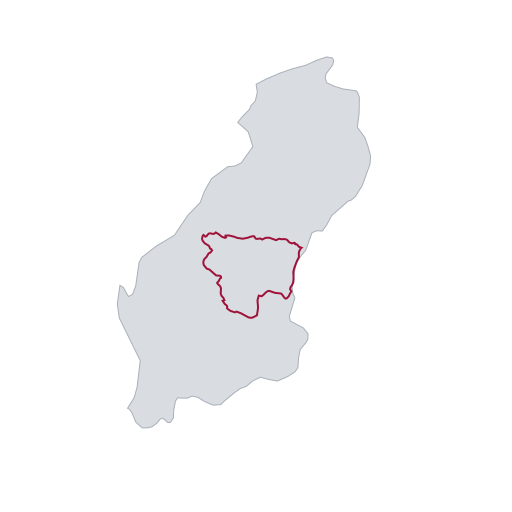 where Elbasan sits in Albania, rotated 35°
{"feature_id": "ALB-1524", "entity_name": "Elbasan", "entity_type": "County", "adm_level": 1, "iso_a3": "ALB", "parent_name": "Albania", "parent_adm1": "", "projection": "robinson", "projection_center": [20.152, 41.052], "detail": "medium", "context": "in_parent", "style": "outline", "palette": "rose", "viewbox_px": 512, "rotation_deg": 35, "n_neighbors": 0, "source": "natural_earth", "source_scale": "10m", "svg_char_len": 3364}
<svg xmlns="http://www.w3.org/2000/svg" viewBox="0 0 512 512"><g transform="rotate(35 256 256)"><path d="M164.4,157.0L164.8,150.1L166.6,139.3L165.6,135.7L166.6,129.5L163.2,121.2L157.6,115.2L163.1,104.7L171.0,92.0L178.4,81.8L187.3,71.3L193.2,61.2L199.6,52.5L205.1,49.9L207.8,51.7L209.2,55.5L208.9,66.7L210.7,70.6L214.5,73.5L222.5,72.1L231.4,69.3L243.3,63.3L245.3,63.7L249.7,66.8L258.9,80.4L265.1,92.4L277.1,96.5L283.8,101.2L292.5,108.3L296.7,115.4L302.6,137.2L303.3,150.3L301.6,156.4L300.1,157.9L294.8,179.4L296.1,190.3L296.0,197.5L291.5,200.3L288.5,204.8L293.4,222.7L292.8,230.3L293.1,239.0L302.0,259.0L307.2,265.1L311.9,268.1L317.9,286.4L321.5,289.6L336.1,287.8L343.2,289.9L346.1,294.2L346.7,297.2L345.8,307.4L349.5,315.4L354.4,323.5L354.4,328.5L351.1,336.6L345.3,346.1L337.6,349.7L329.1,352.8L325.0,360.2L322.9,368.0L319.1,373.8L316.8,380.2L313.2,393.2L312.4,397.9L306.6,402.7L297.6,404.7L289.6,405.1L284.1,407.3L281.4,411.7L276.3,415.3L273.2,416.9L273.2,420.9L276.9,429.3L281.2,436.0L281.3,441.5L279.2,443.0L272.6,442.3L271.2,444.3L270.5,450.4L268.8,455.5L266.1,458.7L261.4,462.1L252.8,461.0L244.7,455.8L240.5,454.2L238.1,454.4L237.4,441.7L233.9,431.8L221.2,408.1L179.6,385.2L169.9,374.9L165.6,366.3L161.4,358.1L165.5,357.9L169.5,359.9L174.7,362.4L176.9,358.3L174.6,349.4L164.0,328.5L163.2,322.8L168.5,305.3L177.3,285.7L176.8,262.0L179.6,244.0L176.6,232.4L175.2,218.1L181.6,199.1L187.1,194.4L190.5,188.4L190.7,168.2L178.5,158.8L164.4,157.0Z" fill="#d9dde1" stroke="#a8b0b8" stroke-width="1"/><path d="M295.7,247.6L299.9,253.1L301.7,256.3L302.3,259.4L302.2,261.8L303.0,263.7L305.3,264.7L305.4,267.3L305.9,270.2L305.5,272.8L305.1,273.6L304.5,274.0L303.3,273.9L299.2,272.5L298.0,272.4L292.7,275.3L287.1,276.9L286.4,277.4L285.7,278.2L285.0,280.0L284.4,283.4L283.8,285.6L281.0,286.9L282.3,290.6L282.9,291.8L286.5,296.1L287.8,298.0L290.8,304.1L289.1,307.3L288.2,308.8L286.7,309.9L284.9,310.6L276.3,311.6L272.0,312.7L271.1,314.2L266.7,315.6L263.0,315.6L262.1,315.3L261.4,313.9L260.6,313.4L257.9,313.2L254.4,311.9L255.4,310.3L253.3,309.0L250.7,308.4L249.5,307.7L248.5,306.8L245.8,302.5L244.7,301.7L243.4,301.2L241.6,301.0L240.0,300.6L239.5,300.1L239.9,297.7L239.4,295.2L239.9,293.9L239.5,293.3L239.2,293.1L238.3,292.8L237.3,293.1L234.5,294.8L225.5,293.8L223.0,294.6L218.5,293.4L216.9,292.0L215.8,290.1L215.5,288.5L215.5,287.8L216.0,285.3L215.7,281.3L215.8,280.9L216.7,279.3L216.8,276.6L215.3,276.0L214.0,276.2L212.1,274.9L210.9,274.7L206.9,275.0L204.1,274.3L202.5,273.4L201.6,272.3L200.8,270.1L200.8,269.6L201.0,268.8L203.4,269.2L203.7,268.8L204.1,268.2L204.2,265.9L204.6,264.5L205.5,263.7L208.2,262.5L208.9,261.8L209.2,261.3L209.5,259.8L213.1,259.5L216.5,259.8L218.8,259.4L220.2,258.9L220.7,258.3L220.8,258.0L219.7,257.6L219.3,256.8L222.0,254.7L227.4,252.6L229.8,252.1L234.8,249.7L235.6,249.1L239.0,245.5L240.4,243.4L242.1,241.6L242.9,241.0L243.6,241.0L244.9,241.7L245.8,241.9L246.6,241.7L249.7,239.1L251.6,239.0L253.4,235.7L255.9,233.7L257.1,233.2L263.1,231.6L263.6,231.2L264.6,229.2L265.2,228.5L267.0,227.8L269.5,225.9L271.2,225.1L272.3,225.0L273.3,225.1L274.5,225.6L276.1,225.6L277.9,225.2L278.6,224.6L279.7,223.3L280.3,223.1L280.8,223.2L281.3,223.8L281.7,223.7L282.5,223.1L283.2,223.1L285.9,223.8L288.6,223.1L288.3,224.3L288.4,225.7L288.7,227.5L289.3,228.9L291.8,232.3L292.4,236.7L294.3,244.1L295.7,247.6Z" fill="none" stroke="#9f1239" stroke-width="2"/></g></svg>